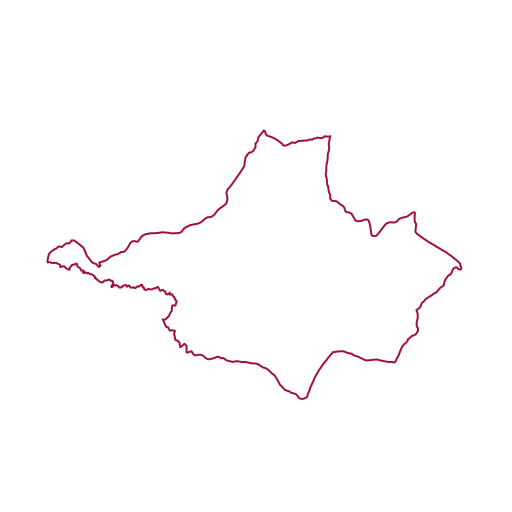 Yakoma, Équateur, Democratic Republic of the Congo (Robinson projection), rotated 191°
{"feature_id": "63176286B72804638257173", "entity_name": "Yakoma", "entity_type": "district", "adm_level": 2, "iso_a3": "COD", "parent_name": "Democratic Republic of the Congo", "parent_adm1": "Équateur", "projection": "robinson", "projection_center": [22.422, 3.592], "detail": "fine", "context": "isolated", "style": "outline", "palette": "rose", "viewbox_px": 512, "rotation_deg": 191, "n_neighbors": 0, "source": "geoboundaries", "source_scale": "gbopen_adm2", "svg_char_len": 6102}
<svg xmlns="http://www.w3.org/2000/svg" viewBox="0 0 512 512"><g transform="rotate(191 256 256)"><path d="M408.5,219.6L407.5,217.4L406.8,216.7L407.9,215.3L408.9,215.8L411.4,217.6L415.5,218.3L422.3,224.2L425.4,229.0L427.4,231.5L433.7,234.8L437.4,236.5L440.1,236.1L440.6,234.5L442.2,232.6L442.9,232.4L443.9,232.5L444.9,231.9L446.6,230.1L447.5,228.5L448.5,227.7L451.0,227.9L451.9,227.3L453.5,225.1L454.9,224.4L458.3,220.8L459.5,218.6L459.8,215.7L459.7,214.2L459.9,212.5L459.7,211.3L459.2,210.0L457.5,210.6L455.3,210.2L450.9,211.1L447.0,210.1L446.4,209.6L446.1,208.0L445.4,207.9L443.9,209.0L442.0,209.2L440.6,208.1L438.6,207.2L436.5,207.0L436.6,208.8L434.8,212.2L433.9,212.3L433.1,213.1L431.9,213.2L431.4,214.0L430.6,214.3L429.9,213.4L429.5,212.2L428.5,211.3L426.3,210.4L424.7,208.3L422.6,208.8L422.0,208.1L422.5,206.6L421.9,206.4L420.2,207.3L418.3,206.8L417.7,207.4L416.6,207.1L415.5,206.4L414.2,206.7L412.6,206.3L410.1,204.8L409.9,204.3L410.0,203.7L409.5,203.4L408.9,203.6L408.0,202.7L406.5,202.1L404.9,201.0L402.9,200.6L401.6,200.7L399.9,203.1L398.2,203.3L396.3,204.6L394.7,204.7L394.0,203.9L392.5,204.2L392.1,204.1L391.2,203.0L391.0,202.5L392.1,198.3L391.9,198.0L391.3,198.1L389.6,200.6L388.5,200.2L387.6,200.7L385.6,200.3L384.3,199.0L383.4,199.0L382.6,199.6L381.9,199.7L381.0,201.3L380.3,201.8L378.2,202.6L377.2,202.2L376.7,201.4L375.6,202.5L374.8,202.8L373.2,201.2L371.8,201.2L370.2,202.0L368.9,201.4L368.2,201.6L366.6,203.6L365.4,203.5L363.1,206.0L362.6,206.0L362.0,205.6L361.9,204.5L361.3,204.3L361.0,203.6L359.8,203.3L359.5,202.2L358.9,201.7L358.2,201.7L357.8,202.0L357.1,201.8L355.3,203.2L353.1,203.0L351.6,203.5L349.7,205.0L348.9,204.8L346.7,206.8L345.7,206.4L344.7,204.6L343.2,203.6L342.2,204.5L341.2,204.6L340.8,204.9L339.2,203.9L338.3,203.8L337.3,201.6L336.4,201.3L335.3,201.6L333.7,203.3L333.2,201.7L331.0,202.4L330.4,201.4L327.8,199.4L327.5,198.5L327.0,197.7L325.6,196.9L325.3,196.4L325.6,192.5L326.1,191.8L328.2,191.8L328.6,191.1L328.8,189.5L328.2,186.0L329.3,183.7L330.2,180.2L332.5,176.8L333.8,176.0L335.2,175.8L331.8,170.8L330.6,169.3L328.6,169.1L327.3,167.3L326.1,166.3L324.2,167.2L321.4,167.0L321.5,164.0L319.1,158.2L316.7,157.9L314.6,156.3L313.2,152.3L312.3,152.5L309.5,156.1L308.0,155.2L307.0,154.4L305.8,148.3L304.8,148.1L303.3,149.1L301.3,150.1L300.0,149.1L299.0,147.9L297.9,147.1L296.5,146.9L292.6,148.4L290.0,148.4L288.0,147.5L285.1,145.8L283.1,145.5L279.6,146.8L278.0,147.6L274.5,149.9L272.6,149.7L270.6,148.9L269.2,149.5L268.1,149.4L264.9,147.9L258.4,147.6L256.5,148.6L255.4,148.6L254.5,149.2L249.5,149.2L246.1,150.0L240.0,149.8L235.5,150.4L232.8,150.0L228.1,148.0L224.4,147.6L220.6,145.7L218.6,144.1L216.1,142.9L214.5,141.9L211.8,139.0L207.9,134.2L206.5,133.3L202.1,130.1L200.2,129.7L197.5,129.5L195.7,128.5L190.7,128.1L188.3,126.4L187.1,125.0L186.4,124.6L183.9,124.4L181.9,125.0L178.9,127.4L178.8,130.0L177.8,134.6L177.7,136.6L176.1,143.3L175.4,146.6L174.2,150.7L172.1,156.6L169.1,163.4L166.7,167.6L165.8,169.8L162.1,176.2L157.2,178.0L155.0,178.5L153.2,179.1L150.5,178.9L147.8,178.3L144.2,178.3L143.4,178.4L141.6,177.3L136.4,176.6L129.1,174.6L127.7,174.5L124.6,175.4L120.2,176.8L117.5,177.5L113.7,177.2L107.7,177.2L104.6,177.4L102.3,178.0L100.2,177.8L99.2,178.5L96.9,186.4L96.3,190.3L95.1,195.5L94.6,195.9L93.9,197.6L92.6,198.9L91.2,201.2L90.9,202.2L90.9,203.4L89.7,204.5L88.1,206.9L84.9,209.0L84.1,209.9L83.2,212.1L82.8,213.4L82.9,215.1L83.2,216.1L84.3,217.0L85.0,218.1L85.7,222.4L85.4,226.1L86.3,230.1L88.1,233.5L85.2,236.8L84.1,241.8L82.6,243.4L81.5,245.6L80.2,247.1L75.9,251.1L74.2,253.1L71.9,254.8L69.4,259.4L68.0,261.1L66.3,262.5L66.1,263.1L66.1,266.1L65.6,269.2L63.3,273.8L62.3,274.3L61.4,275.4L60.8,277.0L60.3,280.1L59.8,281.2L57.9,282.9L57.2,283.1L56.5,283.0L55.2,282.1L54.7,281.6L52.9,281.7L52.1,282.4L52.3,283.6L53.5,285.4L53.6,286.1L54.0,287.0L54.5,287.7L57.1,289.5L62.2,292.1L64.4,293.4L66.8,294.3L70.2,296.0L73.9,297.2L89.9,303.0L94.0,304.7L102.2,308.5L103.9,309.9L104.3,311.0L104.7,316.7L105.0,318.1L106.1,319.3L107.0,320.8L107.7,324.3L108.1,327.7L108.4,328.9L109.2,329.1L110.1,328.7L110.9,328.1L115.3,323.4L119.8,321.5L122.0,320.1L122.8,319.4L124.1,317.0L125.1,316.1L126.5,315.3L131.1,314.6L133.5,313.3L135.0,311.7L138.0,305.7L139.0,303.6L141.2,299.6L142.1,298.6L143.1,298.2L144.2,298.1L146.2,298.3L146.9,299.3L149.7,307.5L150.9,310.0L151.9,311.7L153.1,312.9L154.6,313.0L155.8,312.6L157.1,312.0L159.4,310.5L162.0,309.7L163.6,309.5L165.2,309.9L170.3,315.7L172.4,316.4L173.9,316.5L175.5,316.3L176.6,316.8L177.2,317.7L178.6,320.4L180.0,321.6L184.5,323.4L186.2,324.6L188.0,325.1L189.5,325.0L191.2,324.6L192.5,325.0L194.2,326.6L194.7,330.0L196.7,332.8L198.5,338.1L199.7,339.6L201.4,345.6L202.7,348.2L203.3,350.2L203.3,353.3L203.9,356.2L204.2,359.6L204.1,362.8L204.3,365.9L205.0,369.5L204.6,373.5L204.8,376.5L205.8,379.2L206.0,380.7L205.9,382.5L206.1,384.2L206.0,387.6L209.1,386.7L211.1,386.8L211.9,385.7L212.7,385.4L213.8,384.2L218.4,383.9L219.5,383.0L221.8,382.3L223.1,380.8L224.8,380.8L225.3,380.4L226.5,380.1L227.9,379.0L230.3,378.7L231.6,378.1L232.9,378.0L234.5,377.3L235.9,377.2L239.5,374.3L242.1,374.5L246.4,370.9L248.7,369.8L250.5,369.9L251.9,371.2L257.1,373.8L259.7,374.8L262.9,375.6L268.0,376.3L270.0,377.8L270.4,379.4L271.3,380.3L272.3,380.6L276.3,373.0L276.3,369.2L278.0,366.1L277.3,363.3L277.7,361.5L278.6,358.9L280.7,356.6L282.1,356.4L282.5,356.0L283.7,354.2L283.9,352.9L284.6,352.2L285.0,351.1L285.1,346.9L284.7,343.1L284.8,341.7L287.4,335.0L293.3,321.8L295.5,317.6L296.5,316.2L297.1,312.3L296.8,311.3L296.2,310.5L294.9,306.6L295.0,303.2L295.6,301.3L298.3,298.1L300.6,295.8L302.5,293.4L304.5,289.1L305.9,287.3L307.3,285.9L308.4,285.4L310.2,285.0L311.5,284.4L313.1,282.8L315.8,279.4L317.3,277.9L319.0,276.8L326.2,273.9L329.8,271.3L332.0,269.1L333.7,265.5L336.0,263.8L343.2,262.1L346.2,262.1L352.5,261.4L358.2,259.4L363.5,258.3L368.6,256.3L371.0,254.5L372.7,252.1L374.5,247.8L375.4,247.4L377.9,247.4L379.5,247.1L380.7,246.4L382.1,244.3L382.7,242.1L383.8,239.0L385.6,235.7L386.5,234.9L389.5,234.0L390.0,233.2L392.4,231.3L394.3,230.5L396.8,229.0L397.9,228.0L398.6,227.8L402.1,223.3L408.5,219.6Z" fill="none" stroke="#9f1239" stroke-width="2"/></g></svg>